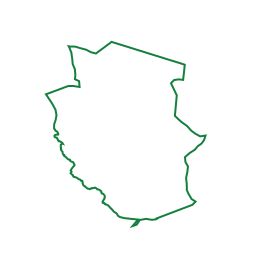 outline of San Lucas Zoquiápam, Oaxaca, Mexico, rotated 253°
{"feature_id": "50627088B48388280535597", "entity_name": "San Lucas Zoquiápam", "entity_type": "district", "adm_level": 2, "iso_a3": "MEX", "parent_name": "Mexico", "parent_adm1": "Oaxaca", "projection": "orthographic", "projection_center": [-96.922, 18.111], "detail": "fine", "context": "isolated", "style": "outline", "palette": "green", "viewbox_px": 256, "rotation_deg": 253, "n_neighbors": 0, "source": "geoboundaries", "source_scale": "gbopen_adm2", "svg_char_len": 4294}
<svg xmlns="http://www.w3.org/2000/svg" viewBox="0 0 256 256"><g transform="rotate(253 128 128)"><path d="M35.7,167.1L35.8,167.3L37.9,171.1L41.5,168.0L47.1,166.7L48.0,166.5L50.8,166.2L51.5,166.1L52.7,166.5L54.8,167.1L55.9,167.4L56.7,167.6L57.7,167.9L59.9,168.3L60.6,168.4L62.8,168.9L63.1,168.9L68.4,171.8L68.6,171.9L70.0,172.5L71.4,173.1L73.7,174.1L76.5,173.5L77.2,173.3L78.2,173.1L78.7,173.0L81.7,173.6L83.5,174.0L86.0,179.5L87.7,185.6L90.2,189.4L91.6,193.7L94.2,197.2L98.1,199.9L98.9,194.6L102.9,190.7L107.0,187.7L112.6,185.1L113.4,184.5L116.4,182.2L117.7,181.2L118.6,180.6L121.4,178.9L125.9,176.4L128.6,177.5L145.0,184.2L148.9,183.6L158.2,182.2L158.4,182.5L160.4,186.1L160.2,187.5L159.7,190.7L158.5,193.5L157.9,194.8L160.1,195.7L162.0,196.6L163.3,197.1L164.6,197.7L166.5,198.5L168.1,199.2L169.2,199.6L170.6,200.2L170.9,200.4L171.9,200.8L172.2,200.4L176.7,193.9L182.7,185.0L182.9,184.8L185.8,180.5L189.7,174.8L193.5,169.2L196.0,165.6L198.1,162.5L199.9,159.8L202.0,156.8L203.6,154.4L205.0,152.4L215.2,137.4L214.4,135.4L213.3,132.3L211.5,127.3L210.5,124.3L209.6,121.7L208.6,119.2L211.4,114.6L215.0,111.0L218.4,105.6L219.7,103.6L221.3,101.3L222.4,97.8L222.6,96.9L223.5,95.2L222.4,95.4L220.0,95.6L218.5,95.7L217.1,95.8L216.7,95.9L216.0,95.8L214.3,95.5L212.0,95.1L211.5,95.1L206.7,94.1L205.6,93.9L205.2,93.8L204.4,93.9L200.7,94.3L200.0,94.3L199.6,94.4L198.7,94.2L198.0,94.0L194.2,93.2L192.7,92.6L190.6,91.7L190.2,91.5L187.1,94.9L181.4,93.7L184.2,87.9L184.6,86.5L185.0,85.3L185.4,84.0L185.6,83.2L185.5,81.2L185.4,78.9L185.4,78.4L185.3,78.0L184.2,59.4L181.9,60.1L179.6,60.8L177.7,61.4L176.5,61.7L173.1,62.7L172.2,62.9L169.1,63.5L167.3,63.9L166.8,64.0L165.7,63.9L162.6,63.5L161.0,63.3L157.9,61.7L156.9,61.2L153.6,58.8L153.2,58.5L151.6,58.0L149.3,57.2L148.8,57.4L148.3,57.3L147.7,57.8L146.8,57.8L146.4,58.0L145.6,59.0L144.5,59.4L144.0,59.5L143.4,59.6L142.6,59.6L142.2,59.4L142.1,59.2L142.3,58.4L142.6,57.7L142.6,56.2L142.5,55.9L142.2,55.5L141.5,55.3L141.4,55.3L141.0,55.2L140.7,55.3L140.5,55.5L140.0,56.4L139.8,56.6L139.5,56.9L139.4,57.1L139.0,57.2L138.8,57.3L138.5,57.2L138.1,57.3L137.7,57.4L137.2,57.6L136.5,57.5L135.7,57.8L135.4,58.2L135.4,58.7L135.1,59.0L134.9,59.2L134.8,59.4L134.6,59.5L134.4,59.7L134.0,59.9L133.8,60.0L133.2,60.7L132.8,60.9L132.3,61.0L132.8,60.5L132.0,60.0L131.6,58.9L131.4,58.7L131.0,58.7L130.8,58.6L130.0,58.3L129.4,58.1L129.1,58.1L127.8,58.0L127.7,57.7L127.0,57.5L126.8,57.7L126.5,57.7L125.8,57.9L124.5,58.4L124.4,58.4L122.8,58.1L122.5,58.2L121.4,58.4L120.5,58.6L120.6,59.1L120.2,59.1L119.2,59.4L117.8,60.4L117.3,60.7L116.6,60.9L116.3,61.1L116.1,61.3L114.5,62.8L114.6,63.2L114.4,63.3L113.6,63.1L113.1,63.4L112.4,64.1L111.6,65.1L111.3,65.6L110.0,65.8L109.3,65.9L109.0,66.1L108.0,66.0L107.0,64.3L106.4,63.4L105.1,61.8L104.7,61.4L104.1,60.7L102.8,61.3L102.1,60.5L101.9,60.1L101.5,59.9L100.2,60.7L98.9,61.5L98.6,61.3L98.1,61.6L97.6,61.6L97.4,61.6L96.8,62.2L96.5,63.2L96.2,63.5L95.9,63.8L95.4,64.5L94.9,64.9L94.7,65.0L93.9,65.6L93.5,65.8L92.9,66.8L92.8,67.0L92.7,67.1L92.4,67.2L92.1,67.5L91.2,67.7L90.9,68.5L90.8,68.8L89.8,68.9L88.8,68.4L88.2,68.6L87.2,68.4L86.9,68.5L86.3,68.7L85.7,69.0L85.3,69.2L84.9,69.8L84.2,70.1L83.8,70.2L83.5,70.5L83.0,71.0L82.1,71.4L81.8,71.7L81.5,72.6L80.8,73.3L80.7,73.4L80.8,74.9L81.2,75.4L81.2,75.5L81.1,76.0L80.8,76.3L80.7,77.0L80.6,77.6L80.5,78.1L80.7,78.6L80.5,79.2L80.3,79.5L79.9,79.8L79.4,80.2L78.4,80.6L78.4,81.0L77.8,81.8L77.6,82.1L77.1,82.7L76.5,82.9L75.9,83.6L75.3,83.8L75.0,83.8L74.7,83.7L74.3,83.7L74.1,83.9L73.5,83.7L73.1,84.0L72.9,84.0L72.7,84.4L72.3,85.0L70.6,85.8L69.2,85.8L68.6,85.6L68.1,85.1L67.6,84.9L67.3,84.9L66.8,84.3L66.8,84.1L66.7,83.9L66.2,83.5L66.0,83.3L65.7,82.9L65.4,82.7L65.3,82.4L65.0,82.3L64.8,82.1L64.3,82.1L64.1,82.0L63.8,82.4L63.6,82.4L63.6,82.7L63.4,83.1L63.1,83.1L62.9,83.2L62.8,83.5L62.3,83.6L62.1,83.9L61.8,83.9L61.7,84.2L61.3,84.5L60.7,85.5L60.2,85.8L60.1,86.1L59.4,86.6L59.1,86.7L58.3,87.1L58.0,87.3L57.5,87.4L57.4,87.5L55.7,88.3L55.6,88.5L55.2,88.7L54.2,89.1L53.9,89.4L53.5,89.4L52.5,89.8L52.2,90.0L51.2,90.8L50.8,91.1L50.3,91.6L49.5,92.2L49.0,92.3L47.2,92.7L46.9,92.9L45.5,93.9L44.8,94.9L44.0,96.3L42.8,98.3L37.5,110.8L32.9,103.7L33.0,108.0L33.6,108.7L36.6,112.4L35.8,118.8L33.7,123.0L33.2,124.0L32.7,126.7L32.5,128.2L32.8,129.4L33.2,129.2L35.7,167.1Z" fill="none" stroke="#15803d" stroke-width="2"/></g></svg>